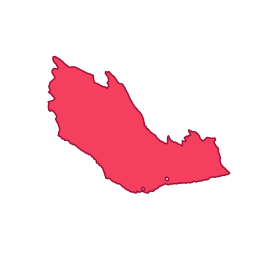 outline of Idiofa, Bandundu, Democratic Republic of the Congo, rotated 136°
{"feature_id": "63176286B53815785774290", "entity_name": "Idiofa", "entity_type": "district", "adm_level": 2, "iso_a3": "COD", "parent_name": "Democratic Republic of the Congo", "parent_adm1": "Bandundu", "projection": "equal_earth", "projection_center": [19.504, -4.707], "detail": "fine", "context": "isolated", "style": "filled", "palette": "rose", "viewbox_px": 256, "rotation_deg": 136, "n_neighbors": 0, "source": "geoboundaries", "source_scale": "gbopen_adm2", "svg_char_len": 5853}
<svg xmlns="http://www.w3.org/2000/svg" viewBox="0 0 256 256"><g transform="rotate(136 128 128)"><path d="M72.6,60.7L73.4,60.9L73.8,61.2L76.3,64.1L77.3,65.9L77.8,66.3L79.5,66.5L82.8,66.3L83.1,66.7L83.4,68.9L83.4,70.2L82.4,72.3L82.0,74.3L81.9,76.5L82.3,78.3L83.0,79.3L84.4,80.7L85.3,83.7L85.7,84.2L86.2,84.0L86.7,82.9L87.4,80.7L87.8,79.6L88.1,79.5L89.0,79.8L89.7,80.4L90.8,79.8L91.0,79.9L91.2,80.8L91.3,81.2L91.8,81.5L93.2,81.6L94.0,81.9L94.4,81.6L94.8,79.7L95.2,78.5L95.9,78.4L96.3,78.8L97.9,80.9L101.2,77.5L101.5,77.7L101.9,78.8L102.3,80.6L103.0,81.7L103.1,82.8L103.7,84.5L103.9,85.0L104.9,85.9L105.6,89.5L105.7,90.2L105.4,91.1L105.0,92.0L104.4,94.2L104.8,94.3L106.0,93.7L109.3,90.4L110.5,89.7L111.1,89.7L112.1,91.4L112.6,93.5L112.9,93.9L112.9,94.6L113.3,95.0L113.3,95.6L113.8,96.1L113.9,96.6L113.8,97.4L113.8,97.7L113.8,98.3L114.0,98.7L113.9,101.7L113.8,102.5L113.5,102.8L113.4,103.1L113.6,103.8L113.5,104.5L113.8,105.4L114.3,106.2L114.5,106.7L114.2,107.7L114.2,108.1L114.6,108.9L114.5,109.7L114.6,110.5L114.3,111.7L114.4,113.0L114.8,113.5L114.5,113.9L115.0,114.2L115.0,114.5L114.7,114.8L114.0,116.7L114.1,117.0L114.4,117.4L114.4,117.9L114.6,118.5L113.9,118.7L112.9,120.1L112.4,121.5L111.4,122.7L110.5,124.1L109.5,127.0L109.0,127.9L108.6,131.2L108.6,134.3L108.4,135.0L108.4,137.6L108.1,140.2L107.6,142.5L105.9,148.8L104.3,152.5L103.5,156.0L103.0,157.0L102.9,157.8L102.3,159.1L102.2,161.0L101.6,162.6L101.6,163.0L102.1,164.4L103.7,166.7L102.4,173.6L102.4,174.7L102.7,178.1L102.6,181.6L102.8,182.1L103.8,182.1L104.3,183.2L105.1,183.9L105.6,183.6L105.9,183.0L106.3,183.0L106.5,182.1L106.7,180.1L107.1,178.5L108.0,176.8L108.6,176.0L109.2,175.4L110.0,175.1L111.6,175.0L112.1,172.4L112.7,171.5L114.8,171.3L115.3,171.0L115.6,171.0L115.5,172.0L115.8,173.3L117.4,175.1L117.7,176.8L118.3,177.8L118.8,180.1L119.2,181.3L119.9,182.3L120.3,183.5L120.3,184.7L119.3,186.4L117.4,189.1L116.8,189.3L116.5,190.0L117.4,191.7L117.5,192.6L119.5,196.2L123.0,206.7L123.6,208.2L124.2,209.1L125.6,210.6L126.1,211.0L127.6,211.7L128.2,213.9L128.9,218.0L129.0,219.7L128.9,221.7L129.3,223.0L129.3,225.3L129.7,226.0L130.7,229.8L131.4,230.6L132.6,231.1L133.0,230.9L134.3,229.5L134.6,228.7L134.9,228.4L135.4,226.7L135.3,226.0L135.6,225.1L135.3,224.6L135.4,224.0L135.3,223.5L135.7,222.8L135.9,222.1L136.1,220.9L136.7,219.8L137.8,219.6L140.0,222.3L141.7,222.3L143.0,221.8L143.4,221.4L144.2,220.4L145.0,216.9L145.4,215.4L145.8,214.9L146.1,214.7L147.1,214.7L151.8,214.9L153.2,214.6L154.4,213.6L155.2,213.4L155.9,213.0L156.5,212.1L157.4,209.9L158.2,208.9L160.2,208.9L160.2,208.1L159.9,207.6L159.7,205.9L160.0,203.3L159.8,202.3L160.1,201.4L159.9,200.9L160.3,199.8L162.8,199.9L163.7,200.3L167.1,202.2L167.4,202.1L167.6,201.1L167.8,200.7L169.7,199.4L171.5,197.4L172.3,196.2L172.4,195.5L172.4,194.6L172.2,194.1L171.8,194.0L171.1,194.3L170.9,194.2L170.3,192.5L170.1,190.9L170.4,188.5L171.0,186.4L171.4,185.6L171.8,185.3L173.4,185.0L173.9,184.7L174.2,183.2L174.6,182.9L174.8,182.3L175.1,180.6L175.9,178.4L177.5,175.4L178.6,174.1L179.1,173.5L180.8,173.0L181.9,171.9L182.4,171.5L183.0,171.2L183.4,171.1L183.1,169.5L182.6,168.8L182.5,167.8L182.8,166.4L182.8,166.0L182.6,165.5L181.9,165.1L181.8,164.8L181.9,163.5L181.8,162.9L181.5,162.5L180.5,162.0L180.2,161.1L179.7,160.3L179.7,158.6L180.0,157.4L180.0,156.8L179.1,154.7L179.0,154.1L178.2,153.4L177.9,152.8L177.6,150.1L177.4,147.4L177.0,146.0L177.0,144.1L176.2,142.3L176.2,141.7L175.7,139.9L175.8,139.3L175.2,138.3L174.6,136.0L173.6,135.4L173.8,132.8L173.9,132.1L173.2,131.3L173.1,131.0L173.7,130.2L173.9,129.4L173.8,128.8L173.3,127.4L173.5,126.4L173.5,126.0L173.7,125.7L174.4,125.6L174.6,125.3L174.7,124.2L174.3,123.6L174.0,122.4L174.1,122.0L174.6,121.1L174.4,120.5L173.6,119.3L174.2,117.6L174.1,117.0L174.6,115.9L174.9,114.6L175.5,114.0L175.7,113.4L175.8,111.7L176.5,111.7L177.0,110.4L177.6,109.6L177.8,108.5L178.2,108.2L178.6,107.6L178.6,107.0L177.9,106.1L177.5,105.3L176.8,105.3L176.3,104.8L176.1,104.2L176.3,103.3L176.0,102.1L176.3,101.2L175.9,99.7L175.0,98.0L174.8,96.5L174.4,96.0L174.3,95.2L174.1,94.8L173.3,94.3L173.0,93.9L172.7,93.2L172.7,92.1L172.5,91.1L172.8,89.4L172.7,89.1L172.3,88.9L172.0,88.5L171.9,87.2L172.3,86.6L171.8,85.0L171.7,84.2L170.9,83.0L170.8,81.4L170.3,80.3L169.9,80.0L169.6,79.2L169.3,78.7L168.7,78.5L168.5,78.2L168.1,76.5L167.0,75.5L166.5,75.6L165.9,76.3L165.5,76.2L165.3,75.9L165.0,74.8L164.0,73.7L163.4,73.3L162.4,73.2L161.6,72.5L161.2,71.4L160.8,70.7L160.3,69.5L159.0,67.5L158.6,67.2L157.8,67.4L157.0,67.3L156.8,67.5L156.4,67.4L155.7,67.1L155.0,66.2L153.5,64.9L152.7,64.9L152.0,65.6L151.8,65.6L151.7,65.1L150.1,64.7L149.8,64.4L148.5,64.3L148.1,63.9L147.5,63.9L146.8,64.2L145.5,64.1L145.0,63.5L142.8,63.0L141.5,62.4L140.7,62.5L140.0,62.0L139.4,61.2L139.1,60.2L138.0,58.8L137.4,58.8L137.0,58.4L136.5,58.3L135.7,57.7L135.5,57.2L133.1,55.8L132.8,55.2L131.4,53.7L130.2,53.2L129.5,53.2L128.8,51.8L127.6,51.1L125.4,49.2L124.5,48.0L123.4,47.7L122.5,46.7L122.2,46.2L119.9,44.4L118.5,44.3L118.0,43.9L117.1,43.0L116.6,42.1L115.7,41.4L114.3,41.0L113.3,40.0L112.5,39.6L111.2,38.4L109.5,37.9L108.1,36.9L107.8,36.3L107.2,36.2L106.1,35.4L103.4,35.4L102.6,34.7L101.2,34.2L100.7,33.7L100.0,32.5L99.5,32.0L97.9,31.4L96.5,30.0L95.6,29.9L94.7,28.9L93.8,28.8L93.1,28.4L91.8,27.4L91.5,26.8L89.7,26.2L88.0,25.0L86.3,24.9L86.1,25.5L86.2,27.0L86.2,28.0L86.4,29.1L86.3,31.0L86.4,33.3L86.6,34.2L86.2,37.8L85.5,38.5L84.7,40.3L83.9,41.3L82.7,41.9L82.2,42.4L80.9,45.0L79.6,48.0L78.9,49.0L77.9,49.6L77.5,50.6L77.1,51.2L77.0,51.7L77.4,53.0L76.4,56.8L76.0,57.8L75.4,58.6L73.5,58.6L73.1,58.9L72.9,59.3L72.6,60.7ZM134.8,66.1L134.0,65.4L133.8,63.7L134.1,63.0L134.6,62.6L135.6,62.4L136.4,62.7L136.8,63.6L136.7,64.9L136.1,65.9L135.4,66.2L134.8,66.1ZM159.9,75.1L158.9,75.2L158.4,74.8L158.3,74.5L158.3,72.9L158.6,72.4L158.9,72.2L159.9,72.2L160.3,72.5L160.6,72.9L160.7,73.7L160.6,74.6L159.9,75.1Z" fill="#f43f5e" stroke="#9f1239" stroke-width="1.5"/></g></svg>